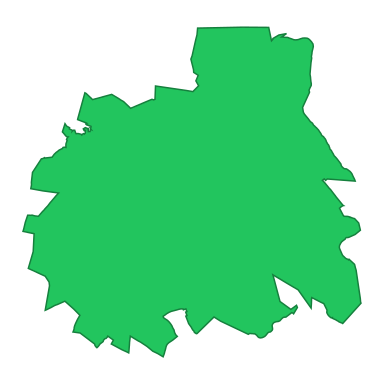 outline of Tuxtla Gutiérrez, Chiapas, Mexico
{"feature_id": "50627088B93662357554610", "entity_name": "Tuxtla Gutiérrez", "entity_type": "district", "adm_level": 2, "iso_a3": "MEX", "parent_name": "Mexico", "parent_adm1": "Chiapas", "projection": "albers", "projection_center": [-93.125, 16.745], "detail": "fine", "context": "isolated", "style": "filled", "palette": "green", "viewbox_px": 384, "rotation_deg": 0, "n_neighbors": 0, "source": "geoboundaries", "source_scale": "gbopen_adm2", "svg_char_len": 5852}
<svg xmlns="http://www.w3.org/2000/svg" viewBox="0 0 384 384"><path d="M286.5,33.6L278.9,35.0L272.9,38.5L272.9,39.4L271.5,40.8L268.7,27.4L242.3,27.2L197.6,28.1L197.0,34.8L195.7,39.9L192.1,55.9L190.9,59.1L193.5,69.6L193.7,72.4L198.2,75.3L195.9,80.9L198.6,85.8L192.9,91.6L186.4,90.5L155.5,86.0L155.0,99.3L153.6,99.9L152.0,99.3L147.6,101.1L130.6,108.3L123.6,101.6L120.1,99.6L119.7,99.2L111.7,94.4L92.6,99.6L86.2,93.5L84.9,92.8L77.8,118.6L77.6,119.6L86.2,122.9L85.9,123.2L87.0,123.8L86.8,123.9L86.2,123.8L86.0,124.2L86.9,124.6L86.8,124.9L91.0,126.3L91.1,126.7L90.6,128.3L90.4,128.2L90.8,129.0L91.3,129.7L90.3,129.3L90.1,131.5L88.3,131.6L88.2,128.5L87.4,128.6L87.4,128.4L85.3,127.6L83.3,128.9L84.0,130.3L84.2,130.2L84.2,129.9L84.6,129.9L84.7,130.7L85.4,130.7L85.3,132.2L85.3,133.0L85.1,133.4L84.9,133.5L84.3,134.1L83.7,133.6L83.3,133.7L83.1,133.9L82.8,134.0L81.9,134.8L81.8,135.0L81.2,134.3L78.0,133.5L76.1,133.7L75.9,133.4L75.7,133.1L75.6,132.8L75.2,131.6L74.7,130.3L74.4,130.5L73.5,130.2L72.9,130.6L72.3,131.2L72.5,130.4L71.7,130.0L69.3,128.9L69.6,127.7L66.6,126.1L65.0,123.7L62.4,131.9L63.4,133.0L65.7,135.8L66.0,136.1L66.6,136.6L67.9,136.9L68.1,136.9L67.7,137.4L66.9,138.6L66.5,139.7L66.6,139.8L67.2,140.3L66.0,143.7L65.9,145.2L65.9,146.1L66.0,147.5L65.9,147.5L64.7,147.2L63.1,147.4L62.4,148.5L59.1,150.1L57.1,151.8L56.5,152.1L54.2,154.3L52.1,157.2L44.6,158.1L44.5,157.7L42.2,158.8L41.4,158.8L32.5,172.4L31.4,182.3L31.5,184.9L30.8,188.7L43.0,190.9L58.6,193.0L57.9,193.8L56.1,195.7L54.1,198.1L52.4,200.1L51.6,201.1L50.3,202.5L48.2,205.3L48.0,205.6L45.0,208.8L43.5,210.7L43.0,211.0L42.9,211.1L40.9,213.4L38.4,216.3L34.9,215.9L32.0,215.1L31.7,215.2L30.9,215.3L29.0,215.2L27.7,215.2L25.3,222.3L23.8,228.7L23.0,231.4L34.1,233.7L33.2,251.6L28.3,268.4L45.2,276.2L49.1,282.1L49.5,285.8L45.2,310.3L46.4,309.8L48.0,309.0L51.1,307.5L54.1,305.8L55.6,305.1L57.2,304.6L64.9,301.2L73.7,309.0L79.9,315.3L77.5,319.4L75.6,323.4L75.2,324.4L74.6,325.9L74.2,327.5L74.1,329.0L73.6,330.5L73.0,332.0L80.1,333.0L94.6,344.0L95.0,345.5L95.6,346.4L96.2,347.1L96.9,347.7L97.6,347.1L98.6,346.0L100.1,343.9L102.1,342.4L103.1,341.6L103.6,340.1L104.7,338.8L106.1,338.4L106.7,337.7L107.3,337.1L107.8,336.1L113.4,340.1L111.3,344.0L121.9,349.7L127.4,352.2L128.7,352.9L128.9,351.5L129.3,346.2L129.4,345.3L129.4,344.7L129.5,343.8L129.5,342.8L129.6,341.9L129.7,341.0L130.3,336.1L138.0,340.8L140.7,342.2L141.4,342.7L145.8,345.6L147.0,346.4L152.8,351.2L157.8,353.6L163.1,356.8L164.3,353.6L164.8,351.5L165.4,349.6L166.1,346.6L166.7,345.2L167.2,344.3L168.7,342.8L172.9,340.0L177.3,336.4L175.7,334.7L174.6,332.5L174.0,329.9L172.9,328.1L171.8,325.6L170.3,323.4L168.8,321.6L167.3,320.2L164.6,318.5L163.4,317.5L163.2,316.2L164.9,315.1L166.7,313.7L169.3,312.2L171.5,311.3L173.9,310.7L176.5,310.0L179.3,309.2L181.1,308.9L183.1,309.0L183.4,309.8L184.7,309.3L185.9,308.9L186.9,311.6L185.7,312.1L187.0,315.6L185.8,316.1L188.3,322.6L188.3,322.8L188.7,323.7L191.1,327.0L192.7,329.9L193.8,330.9L194.5,332.6L195.4,332.9L195.8,333.4L196.4,333.7L197.1,333.5L214.0,317.0L220.7,321.2L248.3,334.3L249.8,333.4L251.2,333.6L253.1,333.7L254.1,333.9L254.7,333.7L255.8,334.6L256.6,335.1L257.8,336.7L259.0,337.6L260.3,337.9L262.0,337.7L263.5,337.1L264.8,336.4L266.2,335.0L267.8,332.9L268.9,332.2L270.5,331.9L271.4,331.1L272.3,330.1L272.6,329.1L272.4,327.4L272.1,325.6L272.8,323.7L273.9,322.6L275.8,321.8L278.6,321.4L280.0,320.7L281.3,319.2L282.4,318.1L283.2,317.5L284.2,317.2L285.9,317.1L291.8,312.6L293.0,313.2L293.2,313.4L293.6,313.8L297.4,307.5L296.5,305.3L290.9,309.4L280.0,301.5L272.9,274.8L286.2,282.8L293.3,287.0L298.1,289.8L308.9,305.0L311.1,308.1L311.4,304.0L311.6,298.3L311.7,298.2L311.8,297.6L321.2,302.4L323.8,303.6L327.0,310.1L326.8,312.4L327.1,313.3L327.4,313.9L327.8,314.5L328.4,315.5L330.0,317.0L331.1,317.8L332.4,317.6L332.3,318.2L333.9,319.0L334.9,319.4L335.9,319.9L336.8,320.5L337.7,320.9L338.1,321.2L339.2,322.0L339.7,322.1L340.7,322.6L341.4,322.8L342.1,323.1L342.4,323.3L342.7,323.5L361.0,303.2L360.6,301.9L360.3,298.5L356.1,270.1L355.4,267.8L354.8,265.3L354.6,264.5L354.3,264.1L349.3,259.5L349.2,259.8L348.6,259.9L348.6,259.5L347.0,259.0L345.6,258.3L343.8,256.5L343.1,255.9L342.3,254.8L340.3,250.2L339.6,248.6L339.3,247.2L339.6,245.4L340.6,243.4L341.3,242.4L341.6,241.9L343.5,240.3L345.0,239.3L345.8,237.9L346.6,237.5L347.8,237.6L349.3,237.1L355.1,234.5L360.4,230.2L358.7,223.0L354.6,218.6L353.0,218.2L351.1,217.5L350.1,217.4L350.2,217.1L347.8,216.4L344.4,216.3L344.1,216.3L343.1,215.2L342.8,214.5L342.2,213.4L339.5,208.2L341.3,206.7L342.5,205.9L342.9,205.7L343.5,205.6L342.9,205.2L335.8,196.5L335.5,196.0L334.1,194.2L332.7,192.4L330.6,189.6L328.9,187.9L327.5,186.1L324.6,182.6L322.4,180.3L324.1,179.0L324.3,178.9L325.6,180.4L326.5,179.6L327.3,179.0L355.2,181.1L354.6,179.4L352.9,176.0L352.0,173.9L351.0,172.5L350.0,171.4L347.6,169.6L346.4,168.9L345.2,168.8L344.1,168.6L343.0,167.7L342.0,166.7L341.3,165.7L340.9,164.0L339.5,162.1L337.0,158.8L335.7,157.3L334.1,155.7L333.3,154.0L332.2,152.2L331.6,151.0L331.1,150.2L330.4,149.6L329.9,148.9L329.7,147.8L329.2,146.6L328.8,145.3L328.1,144.4L327.5,143.8L327.2,143.0L326.7,142.3L326.1,140.7L325.5,139.3L324.9,138.5L324.0,137.5L323.5,136.6L322.5,136.1L321.7,135.3L320.8,133.4L319.6,131.7L318.5,130.0L317.1,128.5L316.4,127.7L315.5,127.0L314.6,126.0L313.8,125.4L313.1,124.4L312.7,123.5L311.8,122.6L310.4,121.7L308.2,118.7L304.4,114.1L303.5,112.5L303.3,111.8L302.6,107.4L309.5,92.3L309.4,91.4L309.0,90.3L309.9,88.1L311.2,85.5L311.3,83.8L310.9,81.5L310.6,78.6L310.5,77.0L310.0,74.2L311.0,62.6L311.7,58.1L311.4,56.5L311.9,53.8L312.1,51.7L312.8,48.9L313.3,46.6L313.1,44.8L312.9,43.8L312.3,43.1L311.7,42.0L311.0,41.2L309.4,39.5L308.1,38.6L307.2,38.2L304.8,38.0L302.8,38.1L300.4,38.8L298.5,39.5L296.8,39.8L295.2,39.9L293.8,39.7L291.7,38.9L289.0,38.0L287.7,37.4L284.5,37.3L283.0,37.0L281.7,37.0L286.5,33.6Z" fill="#22c55e" stroke="#15803d" stroke-width="1.5"/></svg>